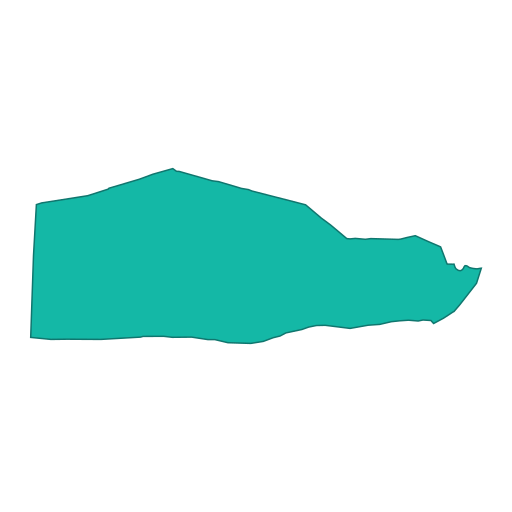 outline of Tucurú, Alta Verapaz, Guatemala
{"feature_id": "79465075B80923191364064", "entity_name": "Tucurú", "entity_type": "district", "adm_level": 2, "iso_a3": "GTM", "parent_name": "Guatemala", "parent_adm1": "Alta Verapaz", "projection": "natural_earth1", "projection_center": [-90.008, 15.309], "detail": "fine", "context": "isolated", "style": "filled", "palette": "teal", "viewbox_px": 512, "rotation_deg": 0, "n_neighbors": 0, "source": "geoboundaries", "source_scale": "gbopen_adm2", "svg_char_len": 1301}
<svg xmlns="http://www.w3.org/2000/svg" viewBox="0 0 512 512"><path d="M481.3,268.2L480.2,268.3L479.1,268.5L477.4,268.8L476.2,268.8L474.5,268.6L472.9,268.4L471.5,268.1L470.3,267.8L469.5,267.6L468.4,266.9L467.3,266.1L466.1,265.7L465.0,265.7L464.1,266.8L463.7,267.7L463.3,268.5L462.7,269.2L461.5,270.3L460.3,270.7L458.8,270.5L458.0,270.2L456.1,268.9L455.4,267.9L455.0,267.1L454.6,266.0L454.0,264.1L453.0,264.2L447.2,264.1L446.6,262.8L443.4,254.2L440.6,246.9L428.6,241.7L415.3,235.7L407.0,237.5L400.7,239.1L398.3,239.4L370.7,238.6L365.4,239.3L355.3,238.4L350.1,238.9L346.8,238.6L330.6,225.0L321.3,218.1L305.6,204.8L251.9,191.0L248.5,189.6L241.4,188.4L218.5,181.6L212.2,180.8L179.1,171.4L176.5,171.3L172.8,168.6L152.9,174.2L139.1,179.3L109.0,188.2L108.0,189.2L87.7,195.7L41.7,202.9L36.4,204.6L33.5,255.5L30.7,337.4L50.9,339.4L67.1,339.2L100.9,339.4L140.6,337.1L143.0,336.4L163.7,336.3L172.3,337.3L191.6,337.1L208.0,339.6L214.9,339.6L227.9,342.7L250.8,343.4L263.3,341.4L273.2,337.7L280.1,336.0L285.9,332.9L301.9,329.5L308.6,327.1L316.4,325.5L325.2,325.3L350.1,328.4L368.2,325.2L379.7,324.4L391.3,321.7L399.7,320.8L408.5,320.2L418.2,321.0L423.0,320.0L430.9,320.5L433.6,323.5L443.5,318.2L452.8,312.1L454.0,311.5L459.9,304.6L476.5,283.3L481.3,268.2Z" fill="#14b8a6" stroke="#0f766e" stroke-width="1.5"/></svg>